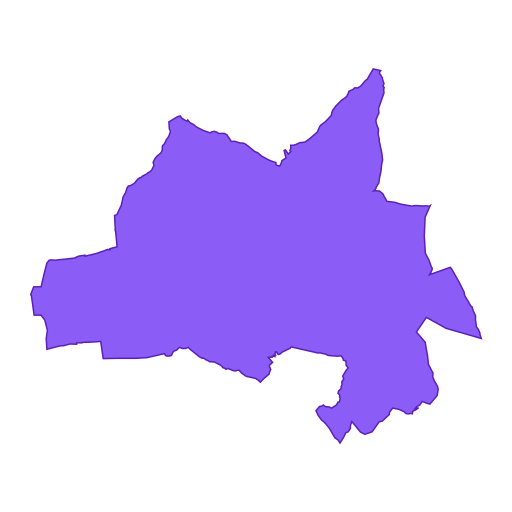 Valea Iasului, Arges, Romania (Natural Earth projection)
{"feature_id": "2599482B81063931292533", "entity_name": "Valea Iasului", "entity_type": "district", "adm_level": 2, "iso_a3": "ROU", "parent_name": "Romania", "parent_adm1": "Arges", "projection": "natural_earth1", "projection_center": [24.709, 45.193], "detail": "fine", "context": "isolated", "style": "filled", "palette": "violet", "viewbox_px": 512, "rotation_deg": 0, "n_neighbors": 0, "source": "geoboundaries", "source_scale": "gbopen_adm2", "svg_char_len": 5698}
<svg xmlns="http://www.w3.org/2000/svg" viewBox="0 0 512 512"><path d="M437.2,395.5L438.2,389.1L437.5,386.3L434.4,380.9L432.7,376.7L433.0,373.1L428.5,364.5L427.4,354.9L426.3,349.0L425.2,342.2L416.4,332.0L424.8,319.7L426.4,317.4L446.0,328.3L481.3,338.5L480.1,335.0L479.8,332.7L478.3,329.3L476.5,327.0L475.5,320.0L475.5,315.7L473.2,310.7L472.0,306.7L470.6,305.8L469.0,302.7L464.7,295.6L464.1,292.1L459.2,282.3L451.8,269.2L450.5,267.6L450.3,267.3L429.5,274.7L431.3,271.8L432.1,269.5L432.2,268.1L431.4,266.8L431.0,265.9L430.5,264.4L428.8,259.7L426.5,255.6L425.3,252.9L424.3,235.8L425.1,217.2L430.2,205.6L429.3,206.2L425.7,205.8L423.7,205.9L422.7,206.0L417.1,205.6L413.9,205.6L412.4,206.2L405.6,205.0L403.0,204.6L400.2,204.0L394.7,202.3L386.8,201.3L385.7,199.0L385.2,198.0L384.5,197.2L383.8,195.8L383.6,195.0L383.2,194.3L381.5,192.6L379.4,191.0L374.7,190.7L373.8,190.9L375.5,189.0L376.1,187.9L376.2,187.1L378.8,183.0L379.5,178.1L380.2,174.7L380.9,171.9L381.4,166.6L381.7,164.2L382.1,162.1L382.6,160.1L382.2,156.8L382.0,154.1L381.4,151.0L381.2,149.7L380.7,148.1L380.0,144.2L379.5,142.5L379.3,141.5L379.3,140.7L379.2,139.7L379.2,138.8L378.8,137.4L378.2,134.2L378.2,133.2L378.4,131.6L378.4,130.5L378.4,129.3L378.4,128.7L377.9,127.7L377.2,126.1L376.7,124.5L376.3,123.1L376.1,121.9L375.9,121.0L376.1,119.6L376.7,118.1L377.1,117.0L377.8,115.3L378.9,113.3L378.6,108.3L380.3,103.4L384.0,92.9L383.9,92.1L383.8,91.3L383.8,90.4L383.7,89.5L383.8,88.6L384.1,88.1L384.1,87.3L383.3,86.7L383.1,86.2L383.4,85.1L383.6,84.6L383.9,84.0L383.9,83.3L383.6,82.3L383.3,81.6L382.9,80.3L382.6,79.5L382.4,78.8L382.4,77.8L382.1,77.4L381.4,76.5L381.1,75.7L380.9,75.2L380.1,74.2L379.7,73.7L379.5,73.1L379.6,72.3L379.8,71.8L380.2,71.4L380.5,70.9L380.7,70.6L373.2,68.9L371.9,71.2L368.8,76.5L367.3,79.2L365.4,80.6L360.6,86.2L357.8,87.9L354.8,87.8L352.7,89.6L348.9,91.3L348.3,93.4L346.6,96.5L345.1,97.8L341.7,100.1L338.3,103.5L336.0,105.8L332.9,110.0L331.8,112.6L331.3,115.4L328.4,118.5L325.5,121.6L320.8,125.1L319.6,126.8L317.3,132.1L314.3,134.7L308.8,139.4L305.2,141.9L304.8,142.1L299.8,142.7L297.0,144.0L295.7,144.6L293.6,145.2L290.7,145.2L290.8,147.8L290.5,149.2L289.9,150.6L290.9,151.5L288.2,154.0L285.5,149.9L284.1,150.4L285.4,155.8L286.0,157.9L282.0,160.6L281.8,161.7L280.1,165.5L279.5,166.0L276.7,165.3L275.9,164.4L275.9,162.5L272.2,161.4L268.6,159.9L261.8,156.2L257.9,152.9L254.6,151.4L250.0,147.6L246.3,144.7L244.6,143.6L242.6,143.0L240.5,143.1L234.6,141.3L231.4,141.4L231.2,141.3L230.6,140.8L230.6,140.3L226.9,134.8L224.5,133.5L224.4,133.4L220.5,133.4L218.6,133.5L217.2,132.3L214.4,131.3L211.6,131.9L210.1,132.9L202.7,130.2L200.5,129.0L199.4,128.5L196.3,126.9L194.3,125.1L193.4,124.4L190.3,122.9L189.4,122.0L187.7,120.0L187.0,121.2L183.9,119.6L181.7,118.0L180.2,115.9L177.5,116.7L168.9,121.9L169.3,128.5L169.5,129.3L169.9,130.0L170.3,131.4L170.3,132.3L169.5,134.0L169.2,135.3L168.1,137.4L166.3,139.6L166.1,140.6L165.7,141.1L164.5,143.5L163.9,144.5L162.8,145.4L162.3,146.5L162.3,149.3L161.8,151.4L160.5,153.3L157.9,155.4L157.1,156.1L156.7,156.6L156.4,156.9L154.9,158.7L153.1,162.4L154.0,165.3L151.7,170.1L149.7,171.9L148.4,172.5L147.2,173.5L146.2,174.2L142.3,176.2L141.3,177.3L139.9,177.7L138.2,178.7L134.3,183.3L130.3,185.7L128.4,186.0L127.1,187.8L125.5,192.8L123.2,196.7L122.2,201.1L121.2,205.5L116.8,214.7L114.6,215.5L115.1,226.1L115.2,227.2L115.3,228.4L115.3,228.7L115.2,228.9L115.1,229.1L115.2,230.3L115.4,231.2L115.6,231.2L117.1,246.8L109.9,248.7L110.2,249.6L109.1,249.7L107.7,249.4L105.8,250.0L104.4,250.8L100.8,251.9L98.0,253.0L91.8,254.6L84.9,256.2L84.9,255.2L78.8,256.1L76.5,257.0L75.0,258.0L62.9,259.4L59.9,259.6L55.8,260.2L51.2,259.9L49.2,260.2L46.9,263.0L44.0,274.2L42.8,279.5L41.1,286.8L33.7,286.8L32.7,289.4L30.7,294.7L31.4,295.5L32.9,306.3L34.1,315.1L41.1,315.2L44.8,320.1L47.4,330.4L46.2,338.6L46.9,349.3L60.3,345.8L63.2,345.8L70.0,344.0L76.6,344.2L76.8,342.8L77.1,342.8L81.4,342.9L82.0,342.8L82.0,342.4L83.3,342.4L84.4,342.3L86.7,342.3L88.6,342.2L93.2,342.0L100.7,341.4L103.2,358.6L117.7,358.3L128.7,358.3L131.7,358.3L135.9,358.3L147.1,357.6L164.5,353.6L165.4,355.4L166.8,356.1L169.2,356.0L171.3,355.6L173.4,351.4L176.8,350.0L179.3,347.4L182.5,348.5L185.5,348.5L188.3,347.4L189.9,349.1L199.4,356.8L201.9,358.1L204.2,358.4L205.6,359.6L207.9,360.6L209.6,361.7L214.3,362.0L219.9,364.8L222.2,366.5L222.7,367.6L224.9,368.3L225.8,369.3L228.0,368.5L233.7,370.8L235.8,370.9L236.9,370.4L239.1,370.3L241.6,373.1L246.2,376.3L255.9,378.5L257.0,379.5L257.8,379.8L260.3,382.2L263.7,378.7L269.1,374.1L269.8,371.3L270.7,369.6L270.2,368.1L269.4,366.6L269.4,365.3L272.6,362.3L268.3,357.4L272.2,357.1L272.2,356.3L274.8,356.5L273.9,355.3L275.5,355.2L275.0,353.9L275.6,351.8L277.1,352.2L277.3,353.7L278.6,354.5L280.8,353.6L281.2,352.9L282.2,352.1L289.9,348.4L291.2,346.9L317.4,352.9L320.5,352.9L323.2,353.7L326.0,354.1L327.2,355.1L328.8,355.5L337.3,356.2L341.1,355.8L343.2,358.7L343.3,360.1L346.0,361.2L346.1,365.3L348.2,367.9L346.0,370.5L342.7,376.1L343.7,379.1L341.8,381.7L342.0,384.9L341.1,386.7L341.1,388.7L338.6,390.9L338.0,393.3L339.8,395.2L339.5,397.0L340.2,398.0L339.5,401.8L337.9,402.2L336.5,404.9L331.5,408.2L329.5,407.0L325.4,406.6L323.3,405.0L321.6,406.1L319.5,406.5L316.0,410.7L318.1,415.3L321.7,420.2L323.7,421.7L325.9,424.0L329.4,428.4L334.9,437.8L338.0,439.9L340.0,443.1L343.5,437.5L345.8,432.7L348.2,431.8L350.4,428.5L350.4,425.6L351.8,421.6L354.2,424.4L360.4,432.0L364.9,434.3L372.1,431.8L379.2,421.8L382.3,421.1L388.1,415.6L389.4,414.4L389.3,412.6L392.6,408.1L398.5,409.2L403.9,411.6L406.1,413.6L408.7,413.9L410.4,413.4L412.4,413.8L412.7,411.2L415.8,409.8L418.6,407.8L415.2,408.5L416.6,406.7L419.7,405.1L422.3,401.4L426.4,403.1L429.9,404.1L437.2,395.5Z" fill="#8b5cf6" stroke="#5b21b6" stroke-width="1.5"/></svg>